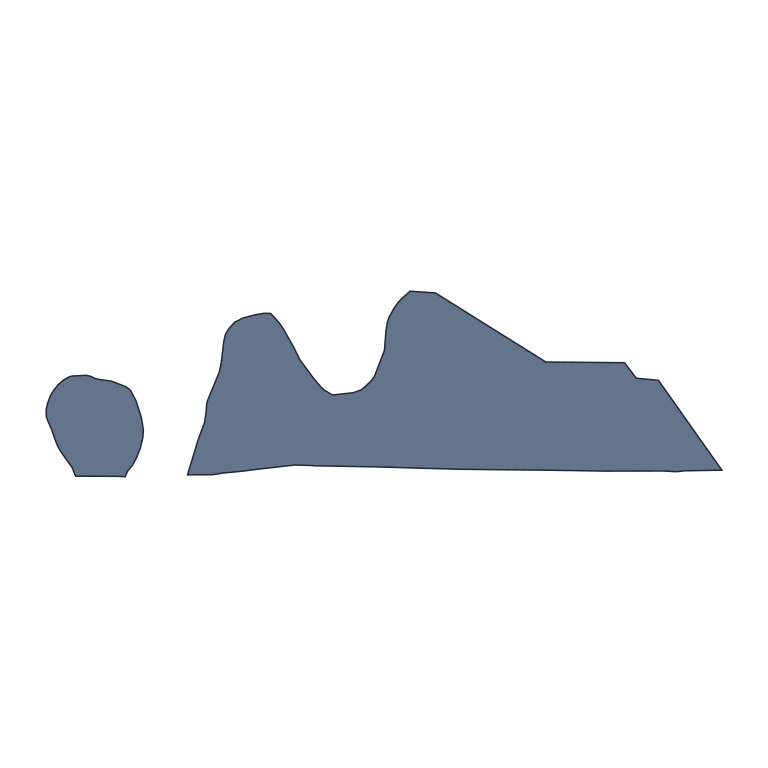 the district of Fulton, Kentucky, United States of America
{"feature_id": "52423323B1107760452078", "entity_name": "Fulton", "entity_type": "district", "adm_level": 2, "iso_a3": "USA", "parent_name": "United States of America", "parent_adm1": "Kentucky", "projection": "equal_earth", "projection_center": [-89.312, 36.574], "detail": "fine", "context": "isolated", "style": "filled", "palette": "slate", "viewbox_px": 768, "rotation_deg": 0, "n_neighbors": 0, "source": "geoboundaries", "source_scale": "gbopen_adm2", "svg_char_len": 1421}
<svg xmlns="http://www.w3.org/2000/svg" viewBox="0 0 768 768"><path d="M721.9,470.2L658.4,380.3L636.3,378.2L624.5,362.7L545.8,362.0L435.3,292.9L410.0,291.2L410.0,291.3L402.1,298.2L398.0,302.6L393.7,308.8L389.0,317.3L387.6,321.3L386.0,330.4L384.4,350.5L374.4,376.5L370.8,381.3L361.8,389.6L353.3,392.7L333.4,394.9L331.8,394.7L324.4,390.1L321.1,387.1L314.5,379.5L300.0,360.0L293.8,347.4L282.8,328.0L278.5,322.0L270.6,313.4L269.8,313.4L263.9,313.3L255.0,314.8L243.3,317.9L235.0,322.0L230.0,327.2L225.9,333.4L225.1,335.6L223.6,342.6L221.2,363.2L219.2,372.3L207.2,401.4L206.5,405.3L206.3,410.7L204.6,422.4L198.2,439.5L187.5,474.9L199.8,474.8L211.6,474.8L220.1,473.6L221.7,473.2L243.2,471.1L252.9,469.8L294.9,465.0L311.4,465.5L314.3,465.8L376.4,466.9L420.4,468.2L420.6,468.2L460.5,469.3L462.6,469.3L487.7,469.6L504.2,469.8L516.4,469.9L538.6,470.1L560.7,470.4L560.8,470.4L564.1,470.5L570.3,470.5L603.0,471.1L662.6,471.0L676.3,471.7L685.3,470.8L721.9,470.2ZM125.0,476.8L127.7,471.1L132.6,465.1L136.9,457.0L140.4,447.9L142.9,437.4L143.4,429.8L141.2,416.9L136.1,401.0L130.9,391.0L129.2,389.1L125.6,386.6L111.6,381.2L98.4,379.3L94.5,378.3L91.2,376.5L86.4,375.3L72.8,376.0L69.4,376.7L63.4,380.1L58.4,384.5L53.7,390.3L50.4,395.8L47.6,403.2L46.1,409.9L46.3,416.3L47.4,419.9L51.3,428.8L56.3,442.9L58.1,446.9L61.8,453.1L72.2,467.7L75.6,476.2L113.4,476.3L118.5,476.4L125.0,476.8Z" fill="#64748b" stroke="#1e293b" stroke-width="1.5"/></svg>